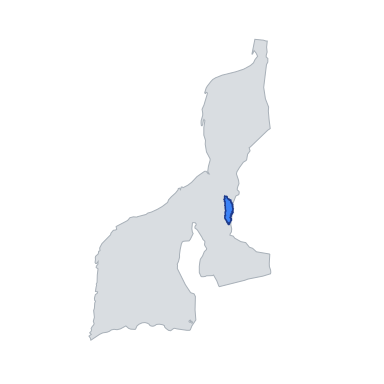 location of Barue, Manica, Mozambique, rotated 187°
{"feature_id": "85939544B78941967379031", "entity_name": "Barue", "entity_type": "district", "adm_level": 2, "iso_a3": "MOZ", "parent_name": "Mozambique", "parent_adm1": "Manica", "projection": "natural_earth1", "projection_center": [33.195, -17.955], "detail": "fine", "context": "in_parent", "style": "filled", "palette": "blue", "viewbox_px": 384, "rotation_deg": 187, "n_neighbors": 0, "source": "geoboundaries", "source_scale": "gbopen_adm2", "svg_char_len": 7384}
<svg xmlns="http://www.w3.org/2000/svg" viewBox="0 0 384 384"><g transform="rotate(187 192 192)"><path d="M122.1,264.5L124.4,262.5L139.7,243.7L140.7,243.0L139.4,239.9L141.4,236.3L141.7,230.6L142.3,229.7L144.7,227.8L147.9,222.0L149.9,217.5L150.1,215.3L147.2,209.2L146.4,205.9L147.2,203.0L147.5,200.3L147.2,199.5L145.4,198.3L145.1,197.2L145.1,195.8L145.4,195.0L147.6,193.7L148.1,193.0L149.9,185.9L149.3,180.5L149.3,174.3L149.7,167.9L149.5,164.3L148.1,160.2L148.0,157.2L149.0,155.1L149.1,153.8L145.7,153.2L144.0,151.4L137.5,148.7L132.5,148.3L128.3,144.2L125.0,143.5L120.8,140.5L107.6,139.9L107.2,139.6L106.6,130.4L106.1,127.4L104.5,124.1L104.0,121.9L104.1,120.4L111.5,117.1L125.8,112.4L128.9,110.8L153.3,101.4L154.0,102.0L156.5,106.8L160.5,112.2L161.5,111.5L167.4,110.6L168.3,109.9L170.0,109.4L172.1,109.1L172.8,109.4L174.9,112.8L175.7,119.1L175.7,123.3L175.5,126.3L173.7,129.8L172.5,134.3L170.6,136.7L170.6,137.8L172.8,140.5L173.2,141.6L173.1,143.9L173.4,144.8L175.3,146.2L176.7,148.4L181.9,154.8L183.3,155.9L184.4,156.2L184.9,157.5L184.6,158.9L183.8,159.8L184.1,161.0L185.1,161.9L187.5,161.7L187.8,161.3L187.7,155.7L186.8,152.4L185.8,150.9L187.9,144.8L189.0,143.1L193.0,142.4L194.8,141.9L195.6,141.1L196.2,139.2L196.7,133.8L196.8,128.7L196.4,125.7L197.0,121.2L197.9,118.5L197.5,117.9L197.2,114.2L187.3,99.2L181.6,92.5L180.7,91.8L177.6,91.2L175.9,88.7L174.6,75.3L172.6,65.5L175.8,59.1L176.9,55.0L177.6,54.4L180.4,54.1L190.2,54.3L192.6,54.6L193.7,54.2L196.3,51.7L198.4,51.8L201.2,53.4L202.8,54.8L203.1,56.0L205.0,56.7L208.5,56.8L211.1,56.2L212.7,54.8L214.4,54.0L216.2,54.0L217.5,54.4L218.4,55.5L220.1,56.3L222.7,56.7L225.5,56.1L228.6,54.2L230.3,52.3L231.3,49.1L231.8,48.7L236.1,48.4L238.4,49.0L241.3,51.0L246.4,47.4L249.6,46.2L252.7,46.2L255.2,45.3L257.1,43.6L259.2,42.5L263.4,41.3L266.3,39.5L274.3,32.6L275.1,34.6L276.7,36.4L274.6,38.4L276.4,39.7L275.1,41.6L274.9,42.9L275.5,44.2L274.6,46.4L273.4,48.1L273.1,49.4L274.2,51.7L273.6,55.7L275.2,62.4L274.7,64.7L275.0,70.0L274.4,71.9L275.4,72.6L275.9,74.7L275.4,78.4L273.7,79.9L273.5,81.4L275.7,81.5L275.6,86.1L275.3,87.5L275.8,89.0L275.2,90.7L275.9,98.2L275.9,103.5L276.0,104.4L277.9,105.3L277.9,106.8L276.6,108.7L276.7,111.6L278.1,109.3L278.9,109.3L279.6,110.2L279.6,113.5L280.0,115.1L279.8,116.5L277.5,119.2L277.4,121.8L276.5,122.2L276.1,122.8L276.7,124.3L276.7,125.6L275.1,129.8L267.6,139.6L267.4,141.3L265.4,144.4L263.4,144.9L262.2,145.7L263.1,148.5L253.1,155.4L252.1,156.4L250.5,158.9L247.2,160.2L243.6,160.4L243.0,160.9L234.9,164.1L233.3,165.7L229.9,167.1L224.4,170.5L220.0,173.8L214.9,178.7L214.3,181.4L211.9,184.8L208.3,188.9L206.2,192.3L206.0,193.8L204.8,194.3L203.7,192.9L203.3,195.6L202.4,195.8L201.4,195.2L197.0,198.2L193.6,201.5L188.9,207.9L182.0,214.1L180.5,214.3L178.3,212.1L177.1,212.0L178.9,214.3L178.8,219.5L177.9,225.6L178.0,227.0L182.5,233.5L184.7,241.0L184.9,244.9L187.2,249.9L188.1,257.4L187.9,264.4L189.0,265.5L189.4,264.5L189.6,260.1L190.2,258.9L190.8,259.1L191.4,261.5L191.6,264.0L190.7,269.5L191.0,271.7L192.1,275.4L190.7,279.8L188.7,291.7L189.1,292.5L190.2,292.7L190.5,291.4L191.1,291.5L191.5,292.2L190.6,296.9L189.7,299.0L186.7,304.0L185.1,306.2L182.4,308.3L176.2,311.7L163.6,316.5L155.7,320.2L149.4,324.7L146.7,327.7L145.6,331.1L143.4,334.7L145.3,337.7L147.6,339.9L148.7,336.3L149.3,336.3L148.2,351.2L139.6,351.4L137.1,350.9L135.7,351.0L135.6,344.8L134.5,340.1L135.0,336.8L134.8,335.0L133.0,333.8L132.6,330.2L133.6,327.5L133.6,304.6L130.5,293.5L126.3,285.6L126.1,281.6L124.2,272.8L122.1,264.5ZM178.0,64.7L179.0,64.1L179.2,62.9L178.5,62.4L177.9,62.5L177.6,64.3L178.0,64.7ZM177.3,62.6L176.4,61.8L175.8,62.0L175.6,62.7L176.3,63.6L176.9,63.6L177.3,62.6Z" fill="#d9dde1" stroke="#a8b0b8" stroke-width="1"/><path d="M155.9,169.5L155.7,169.5L155.6,169.1L155.3,168.8L155.2,168.5L155.0,168.4L154.8,168.4L154.6,168.3L154.5,168.2L154.2,167.8L154.2,167.5L154.2,167.4L154.0,167.2L153.9,167.0L153.9,166.9L153.9,166.6L153.8,166.4L153.6,166.4L153.3,166.5L153.0,166.4L152.9,166.2L152.7,166.0L152.5,165.9L152.4,165.7L152.5,165.5L152.3,165.5L152.3,165.4L152.1,165.5L152.1,165.4L152.2,165.0L152.2,164.9L152.3,164.9L152.2,164.6L151.9,164.6L151.6,164.3L151.6,164.2L151.3,164.2L151.2,164.3L151.1,164.8L150.8,165.3L150.8,165.7L150.9,165.8L150.8,166.0L150.7,166.3L150.5,166.5L150.4,166.8L150.3,167.0L150.1,167.2L150.2,167.6L150.2,167.8L150.0,168.1L150.0,168.3L149.9,168.2L149.8,168.4L149.7,168.5L149.4,168.8L149.4,169.1L149.5,169.5L149.7,170.0L149.7,170.3L149.8,170.3L149.9,170.5L150.0,170.5L150.1,170.4L150.2,170.5L150.3,170.5L150.5,170.6L150.7,170.9L150.7,171.1L150.9,171.2L150.8,171.3L150.7,171.7L150.8,171.8L150.7,171.9L150.6,172.0L150.3,172.4L150.4,172.6L150.4,172.8L150.3,173.0L150.4,173.3L150.5,173.5L150.4,173.5L150.2,173.4L150.2,173.6L150.2,173.8L150.2,174.0L150.3,173.9L150.3,174.0L150.5,174.0L150.3,174.3L150.3,174.5L150.2,174.7L150.2,174.8L150.3,175.1L150.2,175.1L149.9,175.1L149.8,174.9L149.7,175.0L149.4,175.3L149.5,175.7L149.5,175.9L149.4,176.0L149.4,176.4L149.3,176.5L149.2,176.4L149.2,176.5L149.3,176.5L149.2,176.6L149.2,176.8L149.3,176.9L149.2,176.9L149.3,177.0L149.2,177.2L149.5,177.2L149.7,177.3L149.6,177.6L149.6,177.9L149.5,178.0L149.4,178.2L149.2,178.2L149.1,178.3L149.1,178.5L149.1,178.8L149.2,178.7L149.3,178.9L149.1,179.0L149.1,179.3L149.0,179.5L149.1,179.4L149.1,179.6L149.3,179.8L149.3,180.0L149.2,179.9L149.3,180.1L149.4,180.4L149.3,180.5L149.5,180.6L149.5,180.8L149.6,181.0L149.7,181.3L149.6,181.5L149.7,181.8L149.8,181.9L149.8,182.0L149.9,181.9L150.0,182.0L150.1,182.3L150.2,182.8L150.3,183.0L150.3,183.4L150.3,183.6L150.4,183.8L150.3,184.2L150.3,184.3L150.2,184.4L150.3,184.5L150.6,185.1L150.9,185.1L150.9,185.4L151.0,185.5L151.4,185.6L151.5,185.7L151.4,185.9L151.5,185.9L151.5,186.0L151.5,186.4L151.8,186.5L151.7,186.8L151.9,186.9L152.0,187.0L152.1,186.9L152.2,187.0L152.3,187.0L152.4,187.5L152.3,187.9L152.3,188.0L152.4,188.3L152.5,188.4L152.6,188.5L152.7,188.8L152.9,188.7L153.1,188.7L153.4,188.6L153.8,188.5L153.8,188.8L154.0,189.0L154.4,189.2L154.4,189.5L154.6,189.6L154.9,189.6L155.1,189.6L155.1,189.4L155.3,189.5L155.5,189.7L155.8,189.8L156.0,190.0L156.1,190.3L156.2,190.5L156.3,190.6L156.5,190.7L156.4,191.0L156.5,191.2L156.5,191.4L156.5,191.5L156.8,191.8L157.0,191.8L157.3,191.9L157.5,191.8L158.2,191.7L158.3,191.7L158.4,191.8L158.8,191.7L158.9,191.8L159.0,191.9L159.1,191.6L158.9,191.5L158.9,191.4L159.0,191.3L159.0,191.2L159.0,190.6L158.9,190.2L159.0,189.9L158.9,189.8L158.8,189.7L159.0,189.6L159.0,189.4L158.9,189.4L158.8,189.1L158.8,188.6L159.0,188.5L159.1,188.4L158.9,188.3L158.9,188.2L159.0,188.1L158.7,187.7L158.6,187.3L158.5,186.9L158.3,186.7L158.5,186.6L158.4,186.5L158.3,186.4L158.2,186.3L158.1,186.2L158.1,185.9L158.0,185.7L157.9,185.6L157.8,185.4L157.9,185.1L157.9,184.9L157.7,184.8L157.6,184.6L157.6,184.4L157.6,184.2L157.6,183.9L157.6,183.7L157.6,183.3L157.7,183.2L157.8,183.0L157.8,182.9L157.7,182.9L157.5,182.6L157.4,182.5L157.3,182.3L157.3,181.9L157.2,181.8L157.2,181.5L157.2,181.4L157.2,181.1L157.0,180.9L157.1,180.6L157.1,180.4L157.0,180.0L156.9,179.9L156.9,179.7L156.9,179.3L156.3,177.8L156.2,177.6L156.3,177.5L156.3,177.3L156.2,176.9L156.3,176.8L156.3,176.6L156.5,176.5L156.6,176.4L156.6,176.1L156.6,175.9L156.6,175.7L156.5,175.3L156.3,174.0L155.9,173.1L156.0,172.8L156.1,172.7L156.3,172.6L156.2,172.5L156.3,172.4L156.2,172.3L156.3,172.2L156.4,171.9L156.4,171.5L156.3,171.2L156.3,170.6L156.3,170.3L155.9,169.5Z" fill="#3b82f6" stroke="#1e3a8a" stroke-width="1.5"/></g></svg>